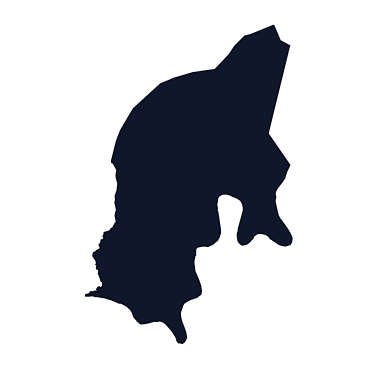 Wuli West, Upper River, Gambia, rotated 348°
{"feature_id": "56634734B48610519572764", "entity_name": "Wuli West", "entity_type": "district", "adm_level": 2, "iso_a3": "GMB", "parent_name": "Gambia", "parent_adm1": "Upper River", "projection": "orthographic", "projection_center": [-14.204, 13.433], "detail": "fine", "context": "isolated", "style": "filled", "palette": "ink", "viewbox_px": 384, "rotation_deg": 348, "n_neighbors": 0, "source": "geoboundaries", "source_scale": "gbopen_adm2", "svg_char_len": 4315}
<svg xmlns="http://www.w3.org/2000/svg" viewBox="0 0 384 384"><g transform="rotate(348 192 192)"><path d="M66.3,271.8L66.2,272.0L66.6,271.7L67.4,271.7L69.6,272.3L73.0,272.5L75.7,274.1L76.6,274.1L81.4,275.9L82.8,276.6L83.7,276.6L88.2,279.2L90.5,280.3L92.4,281.7L97.5,285.3L100.0,286.0L101.3,287.2L101.8,287.6L102.9,288.6L104.9,290.4L106.1,292.2L107.2,293.6L108.3,295.9L108.8,298.2L109.4,302.3L110.6,304.6L111.7,306.2L111.7,306.8L112.4,307.8L113.3,308.7L113.7,309.4L114.8,310.3L118.9,310.7L122.1,310.8L126.1,310.5L129.4,310.5L130.0,311.0L131.4,311.2L132.7,311.2L133.9,311.2L135.0,311.9L137.1,313.3L138.4,314.7L139.1,315.6L141.1,319.0L143.8,324.1L145.6,328.9L146.3,330.9L146.5,333.0L146.5,334.6L147.6,336.6L148.1,336.4L151.0,338.0L153.3,336.9L155.3,334.8L156.3,333.0L156.5,328.0L155.6,321.1L154.9,317.5L154.7,313.1L155.1,308.0L156.2,306.0L157.4,304.1L159.0,301.2L160.8,299.1L164.9,297.5L168.3,296.6L174.6,296.0L176.9,294.8L179.2,293.9L180.5,290.7L180.8,285.3L180.1,280.0L179.5,276.6L178.1,269.8L178.6,266.6L178.8,262.2L179.5,259.3L180.6,257.0L180.9,256.2L181.1,255.4L182.2,254.5L182.7,252.0L183.6,248.5L183.6,248.4L185.3,247.1L186.9,246.8L188.3,246.9L191.0,246.9L193.9,247.6L196.2,248.5L196.9,248.2L198.9,247.8L200.5,247.6L202.6,246.7L203.9,245.8L205.1,245.3L206.9,244.4L207.6,243.3L209.1,241.7L210.7,238.9L211.4,237.1L211.9,233.9L212.9,217.0L212.6,214.3L213.3,213.4L213.3,211.6L213.3,209.3L214.9,205.9L215.8,203.1L217.1,201.9L217.4,201.5L220.4,200.4L222.4,200.4L224.7,200.9L225.6,201.1L228.1,202.3L231.5,205.0L233.1,205.9L235.3,207.5L237.1,209.4L238.0,210.3L238.9,213.0L239.2,215.3L239.1,218.7L238.5,220.8L237.1,223.7L230.2,236.9L229.1,239.9L227.5,243.1L227.3,244.9L227.0,249.0L227.7,251.3L229.5,253.8L230.6,254.3L233.8,254.3L235.0,254.1L237.5,252.9L240.4,250.9L242.0,249.8L243.1,247.9L246.1,246.6L248.6,246.1L252.0,247.1L254.7,248.4L256.7,249.8L258.3,252.1L259.2,254.2L260.3,254.8L261.0,255.8L263.3,258.0L265.8,260.8L268.5,262.6L271.9,264.0L275.1,263.8L277.1,263.6L278.9,261.5L280.1,257.9L279.6,254.7L278.5,250.8L276.5,245.5L272.4,236.6L271.3,233.2L271.1,229.6L271.1,223.2L271.1,218.1L271.9,216.2L272.2,215.6L272.7,214.3L272.7,210.8L274.1,208.1L276.4,205.6L281.1,201.7L285.2,197.9L287.1,194.5L289.1,191.1L291.4,188.3L293.1,185.9L283.4,162.7L280.7,156.1L278.4,150.7L285.1,136.7L285.9,135.0L286.6,133.5L287.3,132.1L290.3,125.9L302.1,101.5L314.3,76.2L316.9,70.6L317.8,69.4L309.6,62.3L309.5,61.7L306.5,46.1L306.9,46.0L281.7,50.4L276.1,50.6L264.0,58.5L261.1,61.4L256.8,65.6L255.7,66.3L247.2,72.2L239.9,77.2L238.2,77.0L217.8,75.6L198.1,77.1L197.6,77.2L192.7,78.2L191.6,78.4L188.4,79.0L184.5,79.7L183.8,79.8L181.7,81.1L178.3,83.0L152.5,98.2L150.0,100.7L139.3,112.3L137.8,114.0L136.3,115.6L135.0,117.1L131.8,121.9L128.7,126.8L121.2,142.2L121.3,142.3L120.0,144.4L119.7,146.2L119.9,146.4L120.8,147.0L123.1,154.1L123.1,155.6L122.0,157.9L121.3,160.3L121.1,163.6L121.5,168.1L119.9,172.8L119.1,175.2L116.2,179.9L115.8,183.6L114.6,186.3L114.6,189.3L114.6,189.9L114.7,193.4L114.5,194.1L112.9,196.9L112.2,198.9L112.0,200.2L112.0,205.6L110.3,206.7L110.3,207.4L108.1,209.1L108.1,209.4L107.8,210.2L106.7,210.7L105.0,211.4L104.7,211.9L104.7,212.0L104.2,212.4L103.4,213.3L102.1,213.1L101.4,213.3L99.6,213.3L99.2,213.6L97.8,213.4L97.4,214.5L97.4,215.4L96.3,216.3L96.0,216.5L96.5,217.3L96.3,218.2L95.5,219.9L94.7,220.4L93.8,220.2L93.4,220.1L92.9,221.1L92.7,221.9L92.6,222.3L92.4,223.0L90.4,224.1L90.4,225.7L90.9,226.3L90.9,227.0L90.6,227.6L90.6,228.6L89.8,228.6L88.6,229.2L87.3,229.4L86.8,229.5L85.8,230.3L84.8,230.6L84.2,231.2L83.5,230.8L83.4,230.9L83.1,231.3L82.8,231.7L82.4,232.5L82.0,233.4L82.0,233.8L82.0,234.6L82.9,235.4L82.7,236.5L83.5,237.6L83.5,238.5L84.2,239.4L84.2,240.3L83.8,240.9L84.0,242.3L83.1,243.0L83.6,243.4L84.5,244.7L84.4,245.2L83.3,245.1L82.9,246.7L82.9,247.4L83.4,247.6L84.3,248.0L84.3,248.5L84.3,249.1L84.9,249.8L84.2,250.7L84.0,251.4L83.6,252.0L83.8,253.3L84.1,254.0L84.1,255.8L84.7,256.4L84.5,257.5L84.7,260.4L85.9,261.3L85.9,262.4L85.6,262.6L85.6,263.3L85.6,263.7L85.0,265.9L85.0,266.2L84.6,266.6L84.3,266.6L83.7,266.2L83.4,266.4L82.6,267.1L81.9,266.6L81.6,265.7L80.3,265.7L79.6,266.4L78.5,267.5L78.7,268.0L79.6,268.8L79.6,269.3L79.0,269.7L78.1,269.7L76.5,268.9L75.6,268.9L75.2,269.5L73.9,269.1L72.1,268.6L71.9,269.3L69.6,270.4L66.9,270.4L66.3,271.8Z" fill="#0f172a" stroke="#020617" stroke-width="1.5"/></g></svg>